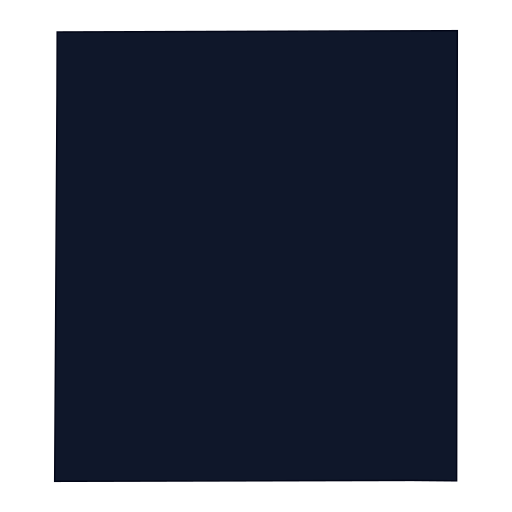 the district of Saline, Illinois, United States of America
{"feature_id": "52423323B73241323723965", "entity_name": "Saline", "entity_type": "district", "adm_level": 2, "iso_a3": "USA", "parent_name": "United States of America", "parent_adm1": "Illinois", "projection": "robinson", "projection_center": [-88.57, 37.753], "detail": "fine", "context": "isolated", "style": "filled", "palette": "ink", "viewbox_px": 512, "rotation_deg": 0, "n_neighbors": 0, "source": "geoboundaries", "source_scale": "gbopen_adm2", "svg_char_len": 208}
<svg xmlns="http://www.w3.org/2000/svg" viewBox="0 0 512 512"><path d="M57.0,95.5L54.7,481.3L412.3,480.4L456.6,480.8L457.3,30.7L57.2,32.0L57.0,95.5Z" fill="#0f172a" stroke="#020617" stroke-width="1.5"/></svg>